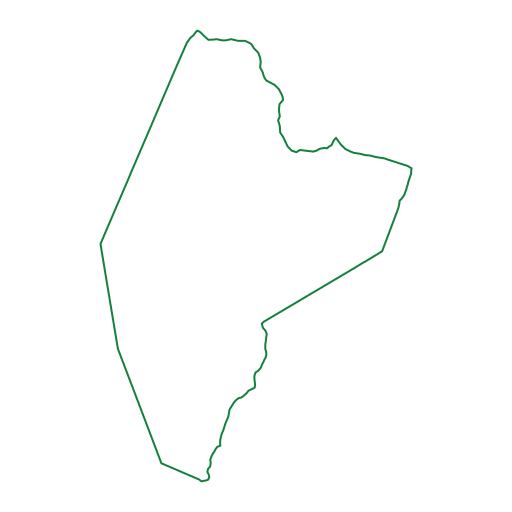 outline of Abaré, Bahia, Brazil
{"feature_id": "56859067B80599784760755", "entity_name": "Abaré", "entity_type": "district", "adm_level": 2, "iso_a3": "BRA", "parent_name": "Brazil", "parent_adm1": "Bahia", "projection": "mercator", "projection_center": [-39.262, -8.852], "detail": "fine", "context": "isolated", "style": "outline", "palette": "green", "viewbox_px": 512, "rotation_deg": 0, "n_neighbors": 0, "source": "geoboundaries", "source_scale": "gbopen_adm2", "svg_char_len": 2142}
<svg xmlns="http://www.w3.org/2000/svg" viewBox="0 0 512 512"><path d="M260.2,58.0L258.3,52.8L253.8,48.2L251.8,44.7L250.1,43.2L245.1,40.9L238.4,40.9L231.1,39.2L225.4,40.4L222.4,40.4L216.6,39.2L213.1,39.6L208.4,39.8L203.5,35.4L200.9,32.7L199.1,31.4L197.1,30.7L195.4,32.6L193.4,35.4L191.2,37.1L189.6,38.8L188.3,40.9L187.0,42.4L175.9,67.8L174.5,71.0L161.6,101.2L159.7,105.6L153.3,120.7L131.2,172.1L128.4,178.9L119.3,200.1L118.3,202.3L100.5,243.9L105.3,273.2L105.7,275.5L117.9,348.8L138.7,403.4L161.4,463.3L199.1,479.5L201.4,481.3L203.4,480.9L206.0,480.5L208.2,479.6L209.3,476.9L208.6,474.3L207.4,472.0L207.9,469.2L210.1,466.5L210.7,463.5L210.3,459.6L211.5,456.4L212.8,453.7L214.3,451.7L215.7,448.9L217.4,446.8L220.3,445.7L220.1,442.7L220.3,439.6L221.3,435.4L221.9,433.4L223.3,430.3L224.4,426.7L225.4,423.6L226.7,420.4L228.3,416.8L229.0,412.9L229.5,409.7L230.8,407.5L232.2,405.3L234.0,402.4L236.4,399.8L239.0,398.0L241.2,397.6L243.3,396.1L246.5,393.3L248.4,390.8L251.5,389.2L254.5,387.9L255.1,385.6L254.9,382.7L254.4,379.2L254.4,375.8L255.6,372.4L258.0,371.0L259.7,369.1L261.1,367.3L261.7,365.1L263.3,362.2L264.4,359.7L265.6,357.5L266.4,354.6L266.1,351.5L265.3,349.1L265.3,346.8L265.3,344.4L265.8,341.1L266.2,337.4L266.8,334.1L265.4,330.6L262.9,327.8L261.8,323.6L263.8,321.7L356.6,266.7L362.9,262.8L365.5,261.4L382.1,251.3L397.6,210.1L398.6,207.0L399.3,203.7L399.6,200.7L401.5,198.8L403.1,196.7L404.4,194.6L405.3,192.0L406.4,189.3L406.8,187.1L407.7,184.8L408.4,181.7L409.3,178.9L410.3,175.9L411.1,173.7L411.2,171.2L411.5,168.3L407.7,166.0L393.8,161.5L388.8,159.9L384.5,158.4L380.0,157.7L375.7,157.0L373.0,156.3L370.1,155.5L367.0,155.3L364.6,155.0L360.3,153.8L354.0,152.9L349.7,151.2L345.5,149.1L341.2,145.0L336.0,138.0L333.9,140.2L331.5,145.2L328.7,146.8L327.0,148.3L324.1,148.0L319.7,148.8L316.6,150.6L313.2,151.6L299.9,150.0L296.3,152.2L291.6,150.6L287.6,146.4L283.3,137.3L280.2,132.6L279.8,126.1L278.1,120.2L279.8,116.5L278.9,110.0L279.5,104.2L283.0,100.0L282.6,96.8L281.7,94.6L280.5,92.2L278.8,89.1L274.7,85.0L266.3,80.5L264.6,78.0L263.6,75.6L262.8,72.6L260.1,67.4L260.7,62.4L260.2,58.0Z" fill="none" stroke="#15803d" stroke-width="2"/></svg>